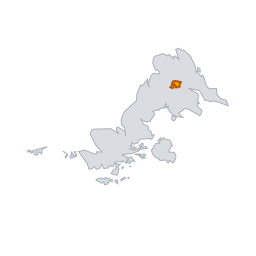 location of Warwickshire within United Kingdom, rotated 243°
{"feature_id": "GBR-2750", "entity_name": "Warwickshire", "entity_type": "Administrative County", "adm_level": 1, "iso_a3": "GBR", "parent_name": "United Kingdom", "parent_adm1": "", "projection": "mercator", "projection_center": [-1.585, 52.316], "detail": "fine", "context": "in_parent", "style": "filled", "palette": "amber", "viewbox_px": 256, "rotation_deg": 243, "n_neighbors": 0, "source": "natural_earth", "source_scale": "10m", "svg_char_len": 5110}
<svg xmlns="http://www.w3.org/2000/svg" viewBox="0 0 256 256"><g transform="rotate(243 128 128)"><path d="M136.0,199.8L127.0,205.7L124.2,205.3L120.8,202.3L117.2,202.7L118.7,201.2L115.6,199.8L110.2,201.8L107.9,200.4L106.4,197.5L118.1,189.9L119.8,186.2L118.8,185.0L118.6,179.7L112.5,181.6L116.8,175.7L122.1,172.9L126.7,172.2L129.1,173.7L128.4,171.4L129.4,170.8L131.0,172.9L132.7,172.8L129.4,169.3L130.9,165.4L129.6,163.4L131.1,161.4L131.5,157.5L128.4,158.4L123.9,150.6L125.2,146.8L129.7,143.5L124.3,143.6L120.1,146.6L117.0,145.4L114.2,147.1L111.1,145.5L110.1,148.3L107.8,145.3L107.4,142.9L108.6,142.9L112.6,133.5L110.3,129.8L111.0,125.5L113.5,125.3L110.8,123.2L111.3,121.2L106.9,126.3L106.8,123.0L109.2,119.8L105.2,123.8L105.1,128.5L103.4,135.5L101.1,136.0L103.9,127.9L102.7,127.7L103.6,119.5L107.2,109.9L102.4,114.2L97.3,110.6L101.5,108.1L100.2,107.1L103.0,103.3L103.3,100.8L100.9,97.9L100.8,96.2L103.1,94.7L101.4,92.3L102.8,88.1L107.5,88.1L104.9,84.4L105.6,81.0L109.1,80.6L108.2,78.1L109.0,74.5L115.1,75.6L129.5,73.1L127.9,79.4L119.7,86.6L119.3,88.7L121.1,89.3L118.2,94.1L127.0,91.5L139.8,91.6L141.9,93.4L142.9,96.1L135.3,112.2L126.9,117.4L131.3,116.7L133.7,118.2L133.5,119.4L126.3,123.7L121.8,122.4L129.6,125.1L134.3,123.7L139.0,126.0L144.2,132.2L148.6,148.0L154.5,151.6L160.6,158.6L159.3,160.3L162.7,167.6L158.7,165.3L154.6,165.6L158.4,166.1L164.3,172.4L165.2,175.5L162.0,179.9L164.4,181.6L167.3,178.8L174.8,179.6L178.8,182.5L179.7,185.5L178.1,193.4L174.4,195.9L174.8,198.1L169.3,200.0L170.9,200.7L170.8,202.7L165.9,204.5L176.3,206.2L176.1,209.2L172.4,211.5L171.5,213.5L163.6,216.2L153.3,216.1L146.7,214.0L147.5,215.2L140.2,216.8L141.0,218.4L140.2,218.8L130.1,216.9L125.9,218.3L123.0,224.8L117.6,222.3L112.0,224.0L107.9,228.1L102.3,227.4L110.3,220.0L113.5,216.0L114.2,212.6L116.5,211.8L117.7,209.1L128.7,208.8L136.0,199.8ZM98.5,159.8L91.9,159.6L92.0,157.8L88.2,153.4L84.9,158.3L81.9,158.1L79.3,156.8L76.3,152.6L80.4,150.0L78.7,148.1L82.5,146.9L84.3,142.2L86.0,141.0L87.2,141.8L88.8,139.3L93.7,138.2L97.4,138.7L101.7,146.0L100.0,149.2L103.1,148.8L104.3,151.7L104.1,152.8L102.2,150.8L102.3,153.8L103.3,154.0L102.8,155.8L100.5,156.5L98.5,159.8ZM96.6,78.6L95.3,82.0L92.9,83.9L94.3,85.3L88.7,90.7L87.4,89.4L89.8,87.3L87.7,85.7L88.4,84.8L87.3,83.9L88.0,81.4L91.1,82.0L90.6,79.8L96.2,75.8L96.6,78.6ZM97.2,95.5L97.3,99.2L102.2,100.9L98.9,104.4L98.4,101.4L95.3,101.3L90.8,96.7L95.0,92.3L97.2,95.5ZM147.2,32.3L149.4,36.3L150.5,35.8L147.9,47.7L148.0,41.9L144.1,39.2L147.1,38.1L145.0,34.7L147.2,32.3ZM101.0,117.7L95.4,118.7L97.3,115.0L95.4,113.5L97.6,112.0L101.2,115.0L101.0,117.7ZM116.3,171.0L119.1,172.9L115.7,175.9L113.9,173.7L113.7,171.5L116.3,171.0ZM97.4,125.5L97.8,130.6L95.5,131.5L95.6,128.3L93.6,129.8L94.4,126.9L97.4,125.5ZM129.6,63.7L129.4,65.6L132.6,66.6L128.4,67.4L126.4,65.4L127.5,62.8L129.6,63.7ZM108.1,134.4L105.7,133.8L105.3,130.4L107.2,129.9L108.1,134.4ZM150.3,217.4L148.4,219.1L145.1,217.8L147.7,216.0L150.3,217.4ZM99.0,127.6L98.0,126.2L101.6,122.0L100.8,124.1L99.0,127.6ZM86.1,92.0L87.3,93.1L86.3,94.9L82.9,93.6L86.1,92.0ZM85.6,103.0L84.3,102.7L84.0,97.9L85.5,98.1L85.6,103.0ZM150.6,34.3L149.3,32.4L150.0,29.9L151.1,30.6L150.6,34.3ZM132.9,61.9L132.0,62.4L129.6,59.1L130.4,58.7L132.9,61.9ZM128.4,69.9L127.2,70.2L126.0,67.6L127.3,67.7L128.4,69.9ZM153.4,27.9L152.8,30.7L151.8,30.4L151.9,28.0L153.4,27.9ZM136.1,60.2L133.6,61.1L136.3,59.7L136.1,60.2ZM95.8,105.9L95.1,106.1L94.2,104.9L95.3,104.3L95.8,105.9ZM131.2,69.2L130.4,70.7L129.7,69.3L131.2,69.2ZM93.2,112.4L91.7,113.0L93.7,111.6L93.2,112.4ZM83.9,105.9L83.0,106.2L82.6,105.8L83.5,104.9L83.9,105.9Z" fill="#d9dde1" stroke="#a8b0b8" stroke-width="1"/><path d="M144.1,195.0L144.0,194.9L143.6,194.3L143.5,194.0L143.3,193.9L143.1,193.6L142.8,193.5L142.8,193.2L142.5,193.2L142.3,193.0L142.2,193.1L141.9,192.9L141.8,193.0L141.7,193.2L141.3,192.7L141.1,192.6L141.3,192.4L141.4,192.1L141.6,191.9L141.6,191.5L141.4,191.0L141.4,190.9L141.8,190.8L141.9,190.3L142.2,190.2L142.1,189.9L141.9,189.7L142.1,189.3L142.2,189.0L142.2,188.9L142.3,188.9L142.4,189.0L142.5,189.2L142.7,189.4L143.1,189.7L143.5,189.4L143.9,189.6L144.0,189.5L144.3,189.5L144.7,189.3L144.9,189.1L145.1,189.1L145.4,189.4L145.7,189.2L146.2,189.2L146.5,188.9L146.4,188.1L144.5,187.9L144.1,188.2L143.9,187.9L143.3,186.9L143.3,186.7L143.1,186.3L143.1,186.1L143.0,185.8L142.9,185.6L143.1,185.5L144.1,185.6L144.3,185.5L144.4,185.4L144.4,185.0L144.5,184.7L144.4,184.5L144.4,184.4L144.7,184.2L145.0,183.9L145.4,184.5L145.2,184.8L145.3,185.2L145.3,185.5L145.6,185.6L145.8,185.9L146.7,186.3L146.8,186.5L148.0,187.3L148.5,188.2L148.8,188.3L149.1,188.9L149.3,189.3L149.3,189.5L149.1,189.7L148.6,189.9L148.4,190.0L148.5,190.1L148.8,190.2L148.9,190.3L148.7,190.6L148.8,190.8L148.8,191.2L148.2,191.6L148.5,191.9L148.4,192.1L147.8,192.4L147.7,192.5L147.5,192.9L147.4,193.2L147.1,193.4L147.3,193.7L147.3,193.8L147.1,193.9L146.8,193.6L146.6,193.6L146.4,193.6L146.5,193.9L146.4,193.9L146.1,193.9L146.1,194.1L145.8,194.4L145.8,194.8L145.7,195.5L145.3,195.7L145.3,196.0L144.9,196.0L144.7,196.2L144.2,195.7L144.4,195.4L144.6,195.0L144.5,194.9L144.1,195.0Z" fill="#f59e0b" stroke="#b45309" stroke-width="1.5"/></g></svg>